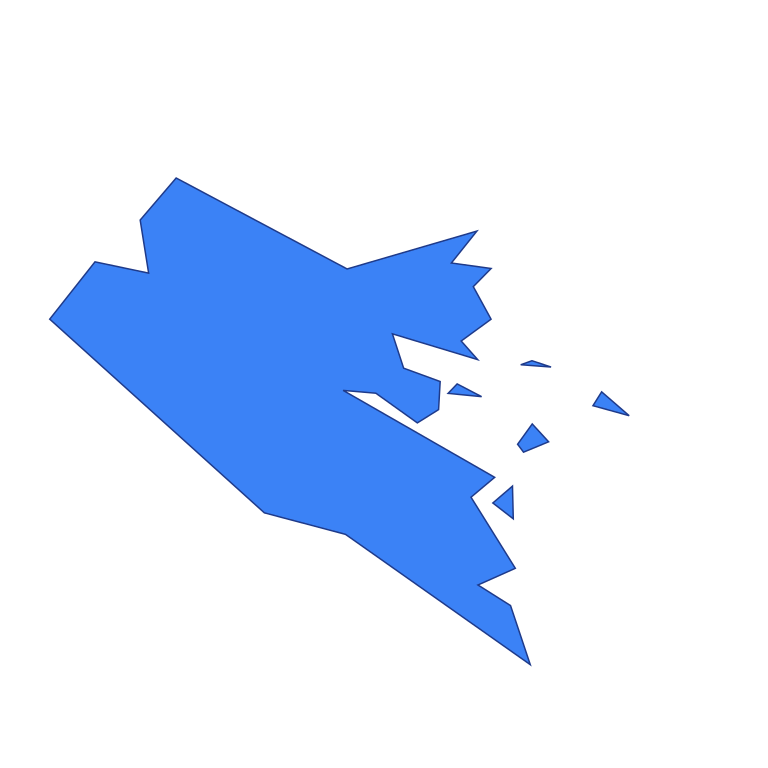 SVG path tracing the border of Guinea-Bissau, rotated 222°
{"feature_id": "GNB", "entity_name": "Guinea-Bissau", "entity_type": "country or territory", "adm_level": 0, "iso_a3": "GNB", "parent_name": "Africa", "parent_adm1": "", "projection": "orthographic", "projection_center": [-15.403, 11.81], "detail": "coarse", "context": "isolated", "style": "filled", "palette": "blue", "viewbox_px": 768, "rotation_deg": 222, "n_neighbors": 0, "source": "natural_earth", "source_scale": "50m", "svg_char_len": 774}
<svg xmlns="http://www.w3.org/2000/svg" viewBox="0 0 768 768"><g transform="rotate(222 384 384)"><path d="M87.5,273.3L312.0,246.5L386.7,208.2L675.8,208.5L680.5,281.4L633.1,308.9L674.9,342.7L676.3,398.0L488.4,444.8L417.3,559.8L414.9,519.0L381.7,541.5L382.8,516.1L347.8,503.8L355.4,467.6L330.7,464.8L411.3,426.9L380.0,408.9L343.9,423.4L326.3,401.5L333.2,377.4L383.9,371.7L410.1,351.9L239.3,388.7L243.6,358.1L163.1,334.9L179.7,297.5L141.7,304.0L87.5,273.3ZM217.0,523.8L180.6,524.5L214.2,507.7L217.0,523.8ZM247.1,453.5L223.0,451.2L234.7,426.7L244.4,428.6L247.1,453.5ZM223.5,368.4L220.2,394.1L197.7,370.3L223.5,368.4ZM289.6,500.3L271.2,508.4L295.3,489.8L289.6,500.3ZM329.7,433.0L303.0,439.9L330.1,419.9L329.7,433.0Z" fill="#3b82f6" stroke="#1e3a8a" stroke-width="1.5"/></g></svg>